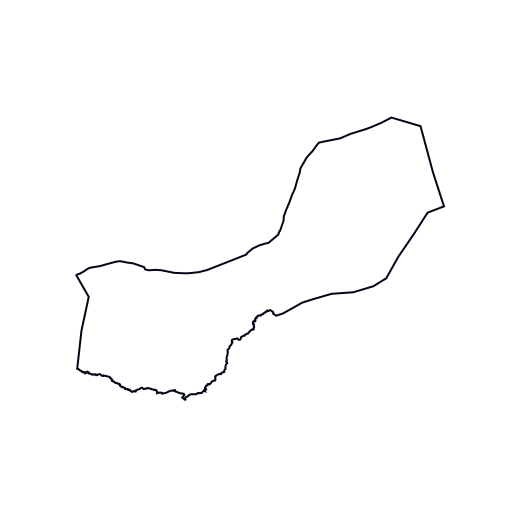 Chuluunxoroot, Dornod, Mongolia, rotated 320°
{"feature_id": "93677404B3333909760593", "entity_name": "Chuluunxoroot", "entity_type": "district", "adm_level": 2, "iso_a3": "MNG", "parent_name": "Mongolia", "parent_adm1": "Dornod", "projection": "orthographic", "projection_center": [114.964, 49.878], "detail": "fine", "context": "isolated", "style": "outline", "palette": "ink", "viewbox_px": 512, "rotation_deg": 320, "n_neighbors": 0, "source": "geoboundaries", "source_scale": "gbopen_adm2", "svg_char_len": 5921}
<svg xmlns="http://www.w3.org/2000/svg" viewBox="0 0 512 512"><g transform="rotate(320 256 256)"><path d="M431.9,338.8L445.5,305.3L465.5,262.3L448.7,237.0L437.2,234.4L427.4,231.4L422.7,229.8L406.9,223.2L396.0,219.9L379.4,210.8L377.0,209.6L373.4,210.3L366.6,212.0L359.9,212.8L356.8,213.6L346.2,217.5L343.3,220.1L337.0,224.0L329.4,229.2L324.5,231.7L323.9,231.8L315.6,236.6L308.5,240.2L302.7,243.6L299.9,246.6L290.6,252.2L290.0,252.0L286.8,253.9L274.1,254.0L270.4,252.1L265.4,250.0L258.1,248.1L250.8,248.1L249.6,248.7L209.7,235.4L201.8,231.6L194.0,226.4L190.6,223.7L182.6,216.4L174.2,205.9L170.1,202.0L164.8,198.1L162.5,195.2L163.1,192.5L157.1,182.6L153.1,178.2L148.5,172.5L144.7,170.2L137.9,167.0L129.9,163.4L122.2,158.8L120.2,157.9L116.5,157.3L115.3,157.3L109.6,156.3L108.0,155.5L106.0,155.2L101.6,179.8L74.2,201.1L46.5,227.5L47.3,228.3L47.3,229.2L47.6,229.7L47.7,230.4L47.6,230.8L47.9,231.1L48.0,231.8L48.5,232.1L48.4,233.1L48.8,233.4L48.7,233.8L49.1,234.1L49.3,234.7L49.6,235.1L49.6,235.5L50.2,235.0L50.4,235.3L50.1,235.7L51.0,235.9L51.2,236.4L51.7,236.2L51.9,236.0L52.5,236.1L52.6,236.3L52.5,236.7L52.7,236.9L52.8,237.6L53.0,237.9L52.8,238.1L52.3,237.9L52.3,238.2L52.7,238.3L52.6,238.8L53.2,239.5L53.6,239.8L53.8,240.4L54.3,241.1L54.2,241.6L54.8,242.2L55.4,242.2L56.0,242.6L56.4,243.0L56.4,243.6L56.8,243.5L57.1,243.6L57.1,244.1L57.5,244.4L57.5,245.0L60.2,245.8L60.7,246.7L60.8,247.2L60.7,247.7L61.0,248.1L60.9,248.5L61.3,249.2L61.6,249.4L62.2,249.4L62.3,250.0L62.9,250.2L64.5,252.3L64.9,252.7L65.3,253.4L66.1,254.7L65.8,255.7L66.1,256.1L66.1,256.7L66.4,256.8L66.5,257.0L66.3,257.3L66.2,257.7L65.8,258.2L66.0,258.4L65.8,258.9L66.2,259.2L66.2,259.4L65.9,259.7L65.6,259.8L65.7,260.0L66.1,260.1L66.6,261.2L66.6,261.5L66.4,262.0L66.6,262.3L66.7,262.9L68.1,264.2L68.2,264.7L68.1,265.1L68.5,265.7L69.0,266.0L68.8,266.8L69.2,267.1L69.1,267.3L68.7,267.7L68.4,268.2L68.6,268.5L68.6,269.0L69.1,269.8L69.0,270.3L69.7,270.4L70.0,271.4L70.4,272.1L70.3,272.7L70.9,273.1L70.7,273.5L70.2,273.7L70.2,273.8L70.3,274.1L71.8,275.0L71.8,275.7L72.1,275.8L72.3,276.1L72.7,276.2L72.7,276.5L72.4,276.9L73.4,277.5L73.3,278.3L73.0,279.0L73.5,279.9L74.2,280.4L74.2,280.7L75.0,280.7L75.4,281.0L75.7,281.1L76.2,281.7L76.3,282.1L76.6,282.5L76.8,282.5L77.2,281.6L78.1,282.0L79.2,282.1L80.9,283.0L82.0,283.2L82.7,283.0L84.0,283.5L84.2,283.8L84.3,285.5L86.0,286.6L86.2,287.0L86.6,287.1L87.2,287.0L88.0,287.3L88.4,287.6L88.7,288.4L89.2,289.1L89.7,289.4L90.1,290.3L90.5,290.8L90.6,291.5L91.4,292.0L91.9,292.6L92.1,293.6L92.9,293.9L93.3,294.6L93.4,294.9L93.2,295.5L92.8,296.1L92.6,297.0L92.2,297.4L93.1,297.6L93.2,297.8L93.2,298.2L93.7,298.2L94.1,298.4L95.8,300.0L96.0,300.3L96.0,300.5L95.5,300.7L95.4,300.9L95.5,301.1L97.2,301.9L99.0,303.0L101.9,303.6L102.3,303.7L103.0,304.2L104.5,304.6L105.3,305.3L105.9,305.7L106.0,306.2L106.7,306.4L106.7,306.8L106.9,306.9L107.0,306.4L107.2,306.2L107.6,306.4L107.7,306.7L107.6,307.3L107.3,308.4L107.4,308.6L108.2,309.5L108.5,310.1L108.5,310.5L108.8,311.1L109.5,311.8L109.8,312.5L110.5,313.5L111.1,313.8L111.6,314.5L111.9,314.9L112.1,315.8L111.8,316.2L111.5,316.5L110.7,316.5L110.0,316.8L109.3,316.7L108.7,316.9L108.5,317.1L108.4,317.3L108.5,317.7L109.1,319.1L108.9,319.7L109.8,321.4L109.7,320.6L109.8,319.9L110.3,319.2L112.1,319.1L112.6,319.3L113.4,319.7L114.9,319.5L115.7,319.5L117.0,320.0L118.3,320.7L118.7,321.4L119.0,321.6L120.2,322.5L120.4,322.8L121.5,323.4L122.2,323.7L122.7,323.4L124.0,324.0L124.3,324.2L124.4,324.7L124.7,324.9L125.6,325.3L126.4,326.1L127.3,326.0L128.0,325.6L128.3,325.6L129.2,325.7L129.8,326.5L129.8,326.2L129.6,325.7L129.8,325.3L130.4,325.3L130.7,325.7L131.4,325.6L131.6,326.1L132.0,326.2L132.1,325.9L131.9,325.4L132.3,324.8L132.3,324.6L132.1,324.3L132.4,324.0L133.0,324.1L133.7,323.6L134.3,323.5L134.6,323.3L135.7,323.9L136.1,323.3L136.4,323.1L137.0,323.2L137.5,323.8L137.9,323.9L138.0,324.1L138.0,324.4L138.1,324.5L139.8,324.4L141.3,323.7L141.6,323.7L142.5,324.3L143.6,324.3L144.0,324.5L144.5,325.0L144.8,325.1L145.6,324.5L146.3,323.3L147.0,322.7L147.0,322.3L147.3,322.0L148.0,322.2L148.5,321.9L149.6,322.2L151.4,322.5L151.8,322.6L153.2,324.0L154.3,323.4L155.8,323.7L156.5,324.3L157.2,324.4L157.8,323.5L158.2,323.2L159.4,322.8L160.0,322.9L160.8,322.1L161.4,321.0L162.1,320.7L163.3,319.7L164.3,319.7L165.1,319.6L165.5,318.9L165.2,317.7L165.3,317.5L166.8,317.0L167.1,316.3L167.8,315.3L168.5,314.6L170.5,313.5L171.6,312.3L172.8,311.5L173.1,310.5L173.7,309.8L174.0,309.6L176.1,309.5L177.2,308.6L177.8,308.5L178.3,308.1L179.8,308.2L181.6,307.1L182.3,307.1L182.5,307.0L182.6,306.5L182.6,305.9L182.7,305.7L183.5,304.9L184.1,304.9L185.4,305.3L186.6,306.3L188.3,306.8L188.6,307.2L188.7,307.5L188.6,308.1L189.0,309.2L189.6,309.7L190.9,309.7L192.2,308.6L193.1,308.6L193.6,308.7L194.1,309.0L194.9,309.0L196.1,309.7L196.9,309.3L197.3,309.4L198.9,309.7L200.3,310.3L201.4,309.8L202.3,309.9L203.5,309.5L204.6,309.8L205.4,309.6L205.6,309.7L205.9,310.2L206.8,310.7L207.1,310.7L207.2,309.9L207.4,309.7L207.8,309.6L208.5,309.6L208.9,309.3L209.9,307.5L210.3,307.2L209.8,306.7L209.8,306.4L209.9,306.2L210.1,305.9L210.9,305.6L211.0,305.0L211.4,305.0L211.8,304.4L212.3,304.4L212.6,304.6L212.7,305.1L213.4,305.5L213.8,305.5L213.9,305.4L213.9,304.9L214.3,304.1L215.0,303.7L215.7,303.6L216.0,303.9L216.2,304.0L216.3,303.7L216.4,303.2L217.3,303.3L217.8,303.1L218.5,303.3L218.7,303.0L218.8,303.0L219.4,303.5L220.0,303.4L220.4,303.5L221.2,304.6L221.5,304.6L221.8,304.3L222.4,304.4L222.7,304.6L223.1,304.5L224.3,305.1L224.6,304.9L225.5,304.8L226.5,305.2L227.0,304.9L227.6,305.3L228.9,305.0L229.5,305.0L229.8,305.2L229.8,305.6L229.6,305.8L229.7,306.1L231.1,306.2L232.2,306.7L232.3,307.5L232.6,307.9L232.6,308.5L233.1,309.4L233.0,310.2L232.7,310.7L232.2,310.9L232.1,311.2L232.2,311.7L232.2,312.0L232.7,312.8L232.9,314.3L233.1,314.7L239.9,317.4L261.3,321.4L271.1,325.4L289.5,333.5L307.2,346.3L326.5,354.6L341.5,356.8L364.1,348.2L391.5,340.5L415.3,333.1L431.9,338.8Z" fill="none" stroke="#020617" stroke-width="2"/></g></svg>